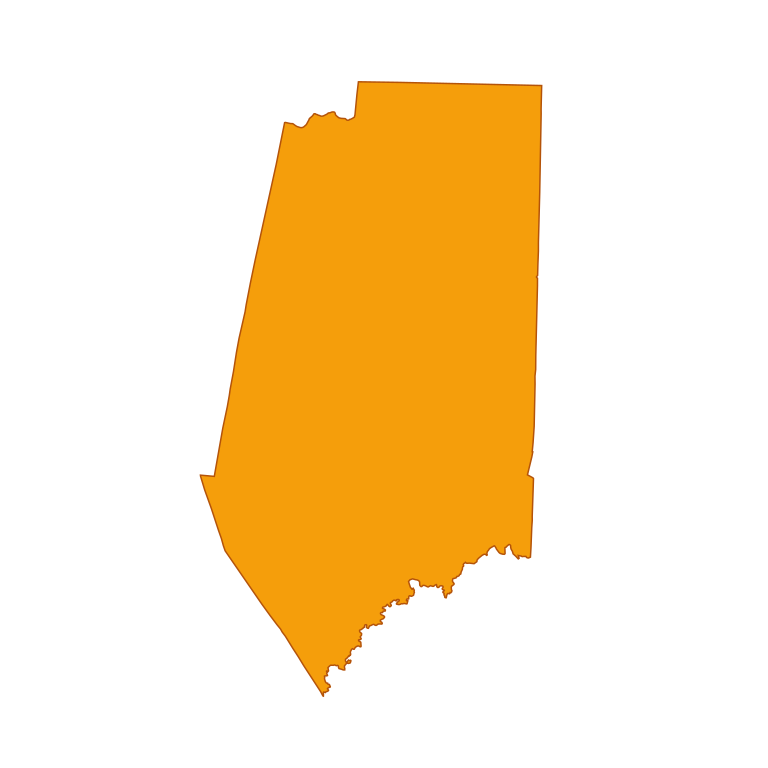 the district of Mirosi, Arges, Romania, rotated 98°
{"feature_id": "2599482B53373185835128", "entity_name": "Mirosi", "entity_type": "district", "adm_level": 2, "iso_a3": "ROU", "parent_name": "Romania", "parent_adm1": "Arges", "projection": "natural_earth1", "projection_center": [24.956, 44.405], "detail": "fine", "context": "isolated", "style": "filled", "palette": "amber", "viewbox_px": 768, "rotation_deg": 98, "n_neighbors": 0, "source": "geoboundaries", "source_scale": "gbopen_adm2", "svg_char_len": 6165}
<svg xmlns="http://www.w3.org/2000/svg" viewBox="0 0 768 768"><g transform="rotate(98 384 384)"><path d="M500.7,552.9L513.9,546.8L531.4,537.6L551.8,527.6L559.7,523.5L566.4,520.6L571.3,518.1L619.0,474.3L629.3,464.4L637.3,456.4L641.0,452.4L643.9,450.2L647.6,446.5L658.8,437.2L665.9,431.0L674.2,424.2L697.5,403.9L701.4,401.1L701.5,400.6L700.2,400.7L698.4,401.1L697.5,400.9L697.4,400.6L697.6,400.0L697.7,399.1L696.9,398.7L696.3,397.4L695.7,396.6L695.2,396.3L694.7,396.5L693.7,397.6L693.2,397.4L692.1,396.2L691.6,395.1L691.0,395.1L690.4,395.8L689.9,395.7L689.1,396.5L689.1,397.6L688.7,398.0L688.1,398.2L688.2,399.2L687.7,400.0L686.4,400.9L684.2,401.9L682.8,401.9L681.6,402.3L681.2,401.6L681.0,400.3L680.6,399.4L680.3,399.4L678.8,400.4L678.2,400.5L677.4,400.0L677.2,400.1L676.6,400.9L676.3,400.9L676.2,400.1L676.5,399.4L675.8,399.0L672.7,400.0L672.2,399.7L670.3,398.2L669.9,397.6L669.6,395.0L669.1,393.8L669.6,392.0L669.1,390.7L669.3,390.3L669.8,389.9L671.3,389.5L672.1,388.9L672.4,386.5L672.8,384.7L672.6,383.1L671.3,383.2L670.2,383.7L668.6,383.9L665.7,382.1L665.5,381.7L665.7,380.5L665.1,378.9L664.8,378.6L663.6,378.3L662.5,378.3L662.2,378.7L662.7,379.8L662.3,380.8L664.8,382.0L664.8,382.6L663.5,383.7L661.9,383.8L660.5,382.4L659.7,382.0L658.8,381.3L658.3,381.2L658.2,380.4L657.5,380.4L657.3,379.6L657.0,379.5L656.2,379.4L654.4,380.0L653.4,379.9L651.4,379.2L650.5,378.4L650.9,377.2L650.7,376.5L649.0,375.9L647.7,374.6L647.0,373.3L647.0,372.5L647.5,371.2L647.5,370.5L647.3,370.3L646.8,370.2L643.1,371.0L642.7,371.3L642.3,372.7L641.9,373.2L641.2,373.6L640.7,373.2L640.5,372.0L639.7,371.2L639.3,371.2L637.8,372.4L635.7,371.3L634.1,371.5L633.0,373.3L632.2,373.8L631.3,373.9L630.9,373.5L630.5,372.6L628.9,370.8L628.3,370.6L627.7,369.7L625.6,369.5L625.2,369.3L625.0,368.7L624.8,368.2L624.9,367.8L625.8,367.5L627.2,367.7L627.6,367.3L628.1,366.4L628.1,365.5L625.5,364.6L625.2,363.7L623.8,361.7L623.5,361.0L623.5,360.4L624.0,359.6L624.2,358.3L623.4,357.2L622.6,356.5L622.3,355.2L622.0,352.7L621.3,352.4L620.4,352.9L619.6,354.4L619.3,354.7L618.3,354.7L617.0,353.0L616.8,352.3L615.5,351.3L614.7,351.0L614.2,351.2L613.6,352.0L612.7,354.9L612.2,355.4L611.4,355.6L610.7,355.1L610.6,354.8L610.7,354.0L610.3,353.5L609.2,353.3L609.0,353.0L608.7,351.3L607.7,351.1L607.2,351.6L606.8,352.5L606.5,354.2L606.3,354.3L605.4,354.3L605.1,354.0L604.5,352.5L603.6,351.1L601.8,350.2L601.8,349.9L603.4,348.1L603.7,347.5L603.7,347.0L602.6,346.0L602.1,346.0L600.1,347.3L599.5,347.1L598.7,345.8L597.6,345.2L596.6,344.0L596.7,343.3L597.1,341.8L596.9,341.4L596.6,341.2L596.0,341.6L595.8,341.4L595.4,340.2L595.4,339.5L595.6,339.0L596.0,338.8L596.6,338.8L597.3,339.6L599.4,341.0L600.0,341.1L600.3,340.7L600.4,339.0L600.2,337.8L599.1,336.0L599.1,335.0L598.5,333.5L598.6,331.4L598.6,330.8L598.4,330.6L595.3,330.2L595.2,330.3L595.5,331.4L595.4,331.6L594.4,331.7L593.8,331.4L593.5,330.8L593.5,329.9L593.3,329.6L591.4,329.9L590.3,329.5L590.1,329.1L590.1,328.6L590.4,327.9L590.3,327.0L589.3,325.6L588.9,325.3L587.3,325.2L586.1,324.9L585.0,325.4L583.9,325.3L583.0,326.2L582.2,326.5L582.4,327.0L583.3,327.4L583.4,327.6L583.3,327.9L582.5,328.4L581.9,329.4L578.2,331.3L576.1,332.2L575.0,331.4L574.2,331.0L573.0,328.5L573.4,325.5L573.4,324.2L573.7,322.8L574.3,321.8L575.1,321.2L578.2,320.6L578.9,320.0L579.5,319.1L579.3,318.4L578.1,317.5L577.9,317.0L577.9,315.3L578.8,312.7L578.8,311.9L577.3,310.0L577.6,307.3L577.4,306.7L576.1,305.5L575.3,304.3L575.5,304.0L577.1,303.6L578.0,302.8L578.0,302.3L577.9,301.8L577.4,301.2L576.2,300.5L576.0,300.1L575.8,298.8L576.0,297.7L576.3,297.4L577.2,297.2L578.3,297.8L578.8,297.9L579.4,297.3L579.6,296.1L579.9,295.6L580.1,295.5L581.6,296.7L582.3,296.6L582.4,296.1L583.2,295.3L584.5,295.3L585.0,294.6L586.6,294.2L586.9,293.9L587.1,293.1L587.0,292.6L584.0,292.4L582.7,291.9L582.5,291.0L582.7,290.3L582.5,289.9L582.0,289.9L581.4,289.6L581.5,288.9L581.1,288.8L580.7,288.2L579.8,288.0L579.1,288.0L578.3,288.6L576.0,289.1L575.2,289.0L574.7,288.9L574.4,288.4L572.9,287.0L572.2,286.7L571.6,287.3L571.0,287.5L570.6,288.2L569.6,288.8L567.5,288.8L567.0,288.4L566.8,287.4L566.3,286.6L566.1,285.8L564.4,285.0L564.3,284.2L563.3,282.9L562.0,282.6L561.9,282.1L561.4,281.5L560.0,281.5L558.1,281.1L556.8,280.6L554.9,280.7L553.9,280.5L553.4,279.9L553.0,279.8L551.7,280.4L550.6,279.9L549.9,278.8L549.3,278.6L549.9,277.5L550.0,276.9L549.5,274.6L549.4,269.8L547.0,267.3L546.1,267.4L545.1,267.2L543.5,266.2L539.9,262.9L538.7,261.2L538.5,260.0L539.4,258.5L539.1,258.1L538.9,258.0L537.4,258.6L535.5,258.3L534.1,257.4L532.5,256.7L531.2,255.4L529.1,252.6L528.9,252.3L529.0,251.9L530.5,250.5L531.9,249.6L534.9,246.6L535.6,245.4L536.0,243.1L535.9,241.2L535.5,240.7L535.0,240.5L529.4,241.5L529.1,241.4L528.5,240.3L527.5,239.7L525.6,238.0L525.5,237.6L525.7,236.9L526.2,236.2L528.5,235.7L529.9,235.1L531.8,233.6L534.2,232.5L536.3,229.4L538.5,226.7L537.8,226.0L535.1,227.2L535.3,224.1L535.6,223.6L535.7,223.0L535.3,221.7L535.0,219.4L535.8,218.8L536.2,218.0L536.2,216.7L535.1,214.9L525.4,215.7L505.6,217.7L498.4,218.2L494.5,218.8L456.8,222.8L456.2,223.4L454.0,229.3L435.8,227.5L430.5,227.2L430.5,227.8L421.4,228.2L405.0,229.4L363.1,234.4L355.1,235.6L348.6,235.8L334.3,237.7L265.3,245.7L258.0,246.7L257.8,246.8L257.3,247.7L256.9,247.9L256.5,247.9L255.1,247.0L244.6,248.2L230.8,249.6L222.2,250.8L173.1,256.4L94.4,266.0L89.8,266.7L66.5,269.4L83.2,410.8L88.3,451.4L101.0,451.1L121.4,450.2L123.9,450.5L125.6,452.6L126.6,454.1L126.8,454.9L127.6,455.6L127.9,456.4L127.7,457.8L126.8,458.9L126.6,459.4L126.9,463.5L126.7,465.5L126.4,466.2L124.8,468.8L123.9,469.6L122.7,470.0L121.8,470.7L121.6,471.3L121.7,472.6L121.9,473.4L122.9,475.2L123.4,476.9L124.9,478.3L126.9,481.3L127.4,482.6L127.5,483.9L127.1,485.0L127.0,486.3L126.5,487.7L126.4,488.8L126.0,489.6L126.0,490.3L126.2,490.9L126.5,491.2L127.3,491.5L128.4,492.1L131.5,494.8L133.1,495.2L137.9,497.0L140.5,499.2L141.1,500.0L141.6,501.2L141.7,502.7L141.1,506.1L140.3,507.9L139.1,510.1L138.9,510.6L139.1,512.9L138.7,518.0L139.0,518.8L181.7,521.3L278.8,528.8L301.6,530.3L324.8,531.5L331.8,531.6L359.0,533.9L373.1,534.5L392.8,534.8L410.5,535.6L416.9,535.6L428.2,536.0L450.2,537.5L499.1,539.2L499.8,553.1L500.7,552.9Z" fill="#f59e0b" stroke="#b45309" stroke-width="1.5"/></g></svg>